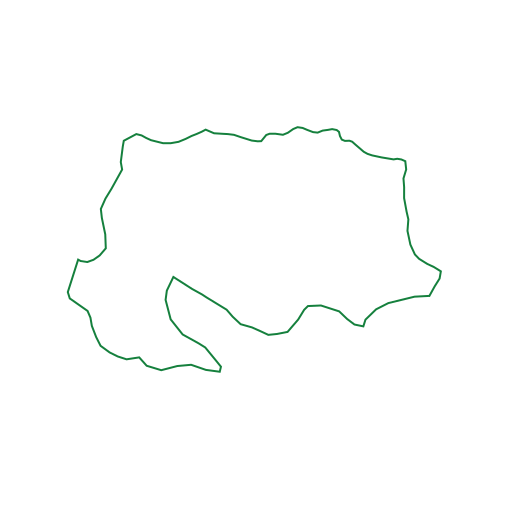 outline of Samcheok-si, Gangwon, South Korea, rotated 299°
{"feature_id": "91817680B11339106619066", "entity_name": "Samcheok-si", "entity_type": "district", "adm_level": 2, "iso_a3": "KOR", "parent_name": "South Korea", "parent_adm1": "Gangwon", "projection": "equal_earth", "projection_center": [129.14, 37.249], "detail": "fine", "context": "isolated", "style": "outline", "palette": "green", "viewbox_px": 512, "rotation_deg": 299, "n_neighbors": 0, "source": "geoboundaries", "source_scale": "gbopen_adm2", "svg_char_len": 1776}
<svg xmlns="http://www.w3.org/2000/svg" viewBox="0 0 512 512"><g transform="rotate(299 256 256)"><path d="M166.6,102.2L133.2,108.9L128.6,113.7L126.3,135.3L121.8,141.1L115.3,146.3L107.6,155.5L102.1,163.6L100.7,174.7L101.1,183.8L102.9,192.9L110.7,203.0L107.0,213.6L110.2,228.5L121.6,240.5L129.4,252.0L132.1,267.4L137.2,280.4L142.2,279.0L145.9,269.8L151.4,255.9L151.8,248.2L151.8,229.9L159.2,212.1L173.8,198.2L182.5,194.8L197.6,193.9L196.2,216.0L196.2,227.5L195.8,232.8L194.8,256.3L191.6,265.0L188.9,275.6L191.6,287.1L192.5,297.7L193.0,305.0L198.0,312.2L204.9,320.4L220.9,323.7L232.3,324.2L237.4,325.7L244.2,336.8L247.9,355.6L245.1,366.2L243.8,375.3L246.4,383.7L246.5,384.0L253.4,382.6L267.6,386.9L279.0,394.6L297.3,414.4L304.8,426.4L305.1,427.0L316.1,427.0L325.3,427.5L332.2,425.1L332.6,416.9L332.1,409.6L332.6,400.0L334.4,394.2L340.8,385.5L351.4,376.3L361.9,371.5L367.8,366.2L378.4,357.5L388.0,352.2L395.3,347.4L404.5,345.4L411.3,340.6L410.9,336.3L409.5,332.4L407.2,329.5L403.1,318.0L400.3,308.8L399.4,304.0L399.4,299.7L401.7,288.6L402.6,284.7L402.1,281.8L399.8,278.0L399.4,274.6L401.6,271.3L404.8,268.4L405.3,265.5L403.9,261.1L401.2,257.8L398.0,253.5L393.8,250.1L392.0,245.8L391.1,239.5L390.6,234.7L388.8,229.9L385.1,227.0L379.2,224.1L375.1,220.8L372.3,213.6L369.6,208.7L366.8,206.3L359.0,204.9L357.2,202.0L354.9,196.3L352.6,185.2L351.3,178.0L349.0,172.3L347.1,168.4L343.0,159.8L342.1,150.7L338.4,148.3L333.9,144.9L329.8,141.5L324.3,137.7L318.3,132.9L313.3,126.7L309.6,120.0L307.8,113.3L306.4,108.0L306.0,102.7L306.0,97.5L304.6,92.2L292.7,84.5L287.2,86.4L272.6,92.2L266.7,97.0L254.3,97.0L244.7,97.0L233.3,96.5L221.9,97.5L214.6,102.7L201.8,113.7L189.9,120.9L180.7,119.0L173.9,115.7L168.9,111.3L166.6,105.1L166.6,102.2Z" fill="none" stroke="#15803d" stroke-width="2"/></g></svg>